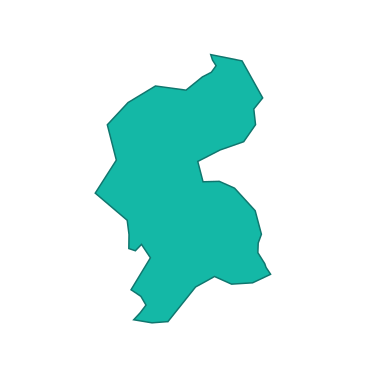 outline of Şoldăneşti, rotated 112°
{"feature_id": "MDA-1646", "entity_name": "Şoldăneşti", "entity_type": "District", "adm_level": 1, "iso_a3": "MDA", "parent_name": "Moldova", "parent_adm1": "", "projection": "orthographic", "projection_center": [28.717, 47.85], "detail": "fine", "context": "isolated", "style": "filled", "palette": "teal", "viewbox_px": 384, "rotation_deg": 112, "n_neighbors": 0, "source": "natural_earth", "source_scale": "10m", "svg_char_len": 757}
<svg xmlns="http://www.w3.org/2000/svg" viewBox="0 0 384 384"><g transform="rotate(112 192 192)"><path d="M161.4,295.7L133.0,284.8L107.4,265.6L99.8,235.7L81.4,225.5L73.7,218.9L65.9,217.0L62.0,222.4L57.6,226.1L51.7,194.7L78.3,161.7L91.9,165.8L105.8,158.3L126.0,162.9L142.5,181.7L161.5,198.1L178.4,185.6L171.9,170.7L172.5,154.0L185.7,126.4L205.2,111.8L214.5,111.5L223.6,108.2L231.2,97.7L234.2,95.1L238.7,88.5L238.8,88.3L239.0,88.4L253.5,101.8L262.6,120.8L261.9,139.5L268.3,144.6L278.7,153.1L321.3,165.8L321.3,166.0L328.3,180.1L332.3,198.2L323.4,194.8L314.1,192.3L307.9,200.3L305.5,211.9L268.6,205.9L259.5,219.2L267.7,222.5L268.1,229.4L255.0,234.5L242.5,241.5L229.3,281.3L190.8,274.1L161.4,295.7Z" fill="#14b8a6" stroke="#0f766e" stroke-width="1.5"/></g></svg>